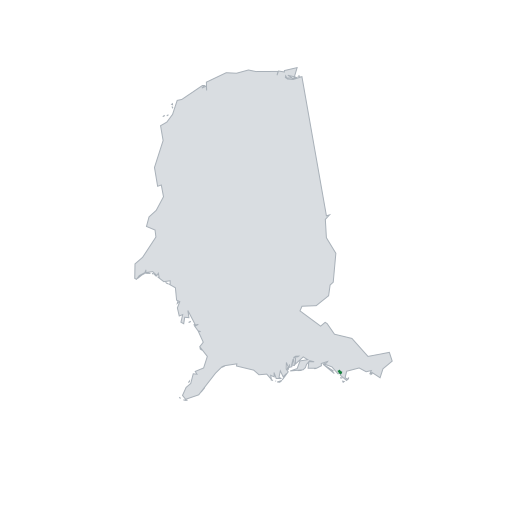 Kent, Rhode Island, United States of America (highlighted), rotated 53°
{"feature_id": "52423323B26023060829136", "entity_name": "Kent", "entity_type": "district", "adm_level": 2, "iso_a3": "USA", "parent_name": "United States of America", "parent_adm1": "Rhode Island", "projection": "orthographic", "projection_center": [-71.482, 41.683], "detail": "fine", "context": "in_parent", "style": "filled", "palette": "green", "viewbox_px": 512, "rotation_deg": 53, "n_neighbors": 0, "source": "geoboundaries", "source_scale": "gbopen_adm2", "svg_char_len": 4216}
<svg xmlns="http://www.w3.org/2000/svg" viewBox="0 0 512 512"><g transform="rotate(53 256 256)"><path d="M379.6,229.0L403.6,227.0L413.2,207.5L421.9,210.5L422.5,222.5L427.9,230.2L418.9,233.4L418.4,235.6L416.9,232.9L414.7,237.7L407.5,241.0L402.6,252.9L406.7,258.0L409.5,257.3L408.8,255.1L409.7,256.1L409.9,258.6L401.9,260.4L400.4,257.7L399.5,261.4L390.2,262.1L383.0,266.7L383.9,264.0L383.3,262.3L381.1,268.6L383.0,269.8L382.1,275.1L377.0,281.9L372.2,277.4L375.5,273.2L371.9,276.1L373.0,280.9L374.9,283.8L375.2,286.9L368.4,297.9L370.7,290.9L366.3,284.0L369.9,277.1L365.0,279.0L366.0,289.5L361.6,286.1L360.0,286.3L361.7,283.1L361.7,282.1L359.9,284.6L359.7,286.8L366.5,291.2L364.8,293.0L361.9,289.2L360.7,288.5L364.4,293.1L366.0,294.0L364.9,296.6L362.8,294.4L366.0,298.6L365.1,299.1L363.6,297.0L359.3,295.8L364.4,299.9L367.9,300.0L370.8,309.7L368.2,302.2L368.8,307.0L362.4,305.7L366.8,310.7L369.2,309.4L366.0,313.6L359.9,311.7L363.5,314.2L360.1,316.1L363.9,318.0L356.8,318.5L352.6,325.1L345.8,326.5L332.1,337.8L330.6,336.2L324.7,347.1L324.0,349.8L325.2,358.8L332.4,385.3L328.1,398.4L323.1,398.6L318.9,390.9L318.5,384.8L312.3,377.0L314.9,374.3L311.6,374.0L313.9,365.2L306.9,355.3L294.6,355.5L293.1,350.0L281.4,347.4L283.1,345.7L280.8,347.3L275.3,347.2L275.9,343.2L274.6,345.9L258.5,343.2L264.9,346.7L262.0,349.8L266.6,354.5L263.7,355.8L258.7,349.8L257.7,353.4L250.1,350.0L246.6,344.3L243.5,346.0L232.9,339.5L225.4,342.7L227.3,341.8L224.1,339.5L221.0,345.1L213.4,347.1L215.2,346.4L211.0,344.4L212.0,346.9L206.3,347.9L202.9,354.0L200.8,352.2L202.4,354.7L201.4,361.0L202.7,365.5L200.9,366.3L189.5,357.4L188.8,347.3L180.6,324.5L174.5,321.0L166.5,325.7L160.4,317.9L159.5,308.2L153.0,294.2L142.3,288.9L141.1,292.6L124.2,283.8L107.9,260.7L94.5,253.8L95.4,246.6L92.7,237.4L84.3,225.3L86.3,221.1L87.6,196.2L88.9,194.5L89.3,198.2L90.4,193.4L94.1,195.8L87.3,191.0L91.7,169.5L98.3,161.6L102.9,150.1L108.6,145.1L121.8,127.4L124.3,130.4L121.8,126.7L126.1,122.6L125.0,121.7L130.3,109.8L136.0,117.5L130.8,121.8L135.8,119.8L132.5,124.2L130.0,123.9L131.1,125.1L133.7,124.3L137.4,120.1L140.4,111.4L266.3,175.6L267.4,172.5L268.5,178.6L283.8,188.8L301.9,190.6L323.4,210.1L323.8,214.3L331.4,221.9L331.9,237.8L323.8,249.5L326.3,253.9L350.9,246.6L350.6,240.7L352.8,239.9L365.7,240.4L379.6,229.0ZM392.9,264.8L397.0,264.2L382.7,267.6L394.5,263.3L392.9,264.8ZM137.9,116.2L136.8,119.9L136.4,120.3L136.6,117.0L137.9,116.2ZM202.7,364.3L202.2,358.3L203.0,355.3L202.5,358.6L202.7,364.3ZM419.9,233.8L419.8,235.6L419.2,235.3L419.9,233.8ZM246.4,346.0L246.5,347.4L245.4,346.0L246.4,346.0ZM86.0,233.1L87.5,233.3L87.5,233.5L86.0,233.1ZM85.0,231.6L84.1,232.1L84.1,231.1L85.0,231.6ZM405.5,260.6L404.4,261.8L404.1,261.5L405.5,260.6ZM204.6,352.7L203.1,354.9L206.4,350.8L204.6,352.7ZM330.4,376.6L331.7,381.8L330.1,376.1L330.4,376.6ZM90.5,241.4L90.4,243.0L90.4,241.4L90.5,241.4ZM328.9,399.2L327.2,400.6L330.0,397.5L328.9,399.2ZM371.1,313.0L369.4,314.9L371.0,310.2L371.1,313.0ZM138.6,113.1L138.0,113.9L137.9,113.2L138.6,113.1ZM211.9,347.9L209.2,348.3L212.0,347.6L211.9,347.9ZM409.3,261.1L409.3,262.4L408.1,262.1L409.3,261.1ZM88.9,244.8L88.6,246.6L88.6,244.8L88.9,244.8ZM208.4,349.1L207.3,349.4L208.4,348.7L208.4,349.1ZM374.4,289.1L372.6,291.7L374.7,288.0L374.4,289.1ZM224.4,343.6L222.6,344.1L225.3,343.0L224.4,343.6ZM324.8,348.5L324.3,350.5L324.3,349.0L324.8,348.5ZM364.4,318.3L363.8,318.7L365.6,317.2L364.4,318.3ZM298.9,355.7L296.8,356.5L296.0,356.1L298.9,355.7ZM274.6,346.7L274.2,347.0L273.1,346.7L274.6,346.7ZM316.2,384.7L316.4,386.2L315.9,384.4L316.2,384.7ZM269.0,348.6L268.5,349.8L268.8,347.4L269.0,348.6ZM323.8,402.2L322.6,402.2L324.3,401.9L323.8,402.2ZM381.8,276.1L380.9,277.4L381.9,275.5L381.8,276.1ZM368.1,315.3L367.4,315.7L368.1,315.3Z" fill="#d9dde1" stroke="#a8b0b8" stroke-width="1"/><path d="M400.3,258.9L400.2,258.8L400.0,258.6L400.3,258.7L400.4,258.8L400.5,258.8L400.5,258.6L400.5,258.4L400.4,258.3L400.4,258.2L400.5,258.1L400.4,258.0L400.3,257.9L400.2,258.0L399.9,258.2L399.7,258.2L399.4,258.3L399.4,258.2L399.2,258.3L398.6,258.3L398.3,258.3L397.8,258.3L397.8,258.9L397.8,259.0L397.7,259.4L398.6,259.4L399.4,259.4L399.5,259.4L399.8,259.4L399.7,259.3L399.9,259.1L400.0,259.1L400.3,258.9Z" fill="#22c55e" stroke="#15803d" stroke-width="1.5"/></g></svg>